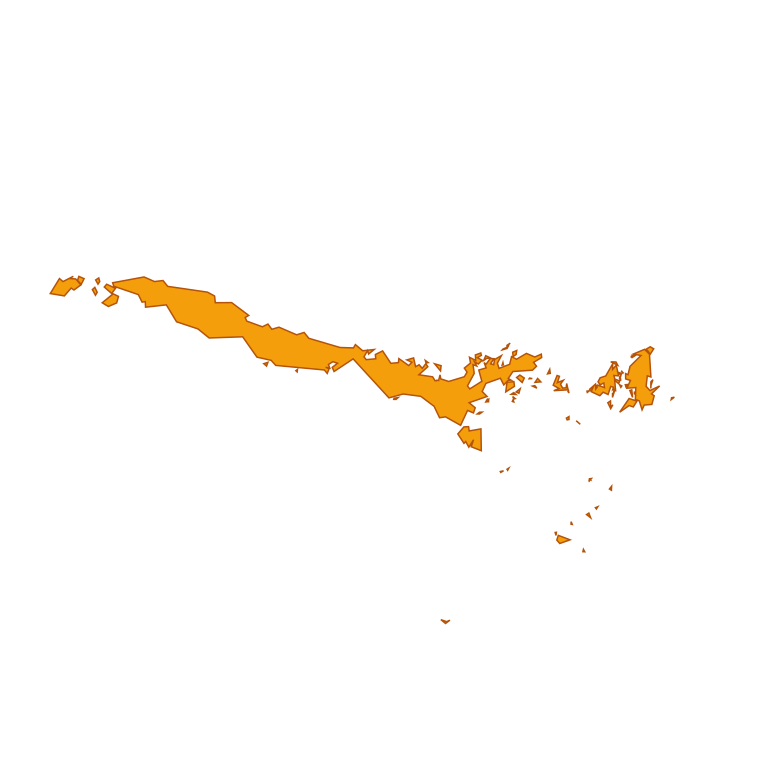 Palawan, Palawan, Philippines (orthographic projection), rotated 63°
{"feature_id": "2640588B20950743061684", "entity_name": "Palawan", "entity_type": "district", "adm_level": 2, "iso_a3": "PHL", "parent_name": "Philippines", "parent_adm1": "Palawan", "projection": "orthographic", "projection_center": [119.327, 9.944], "detail": "fine", "context": "isolated", "style": "filled", "palette": "amber", "viewbox_px": 768, "rotation_deg": 63, "n_neighbors": 0, "source": "geoboundaries", "source_scale": "gbopen_adm2", "svg_char_len": 6195}
<svg xmlns="http://www.w3.org/2000/svg" viewBox="0 0 768 768"><g transform="rotate(63 384 384)"><path d="M445.5,321.6L450.4,317.4L446.6,313.5L439.3,316.7L441.9,297.8L435.3,299.9L429.7,292.9L431.7,277.7L439.2,277.7L437.1,271.6L438.3,269.0L435.5,270.8L431.4,263.5L439.1,245.4L437.4,240.0L432.6,240.9L432.0,231.5L428.8,230.3L428.4,237.4L421.4,243.2L422.1,254.7L417.5,257.9L423.5,263.1L422.3,274.4L416.9,273.5L412.0,266.5L412.4,274.4L416.6,277.5L414.4,279.8L411.3,274.7L409.5,277.7L412.8,284.2L410.3,285.1L416.0,285.7L414.6,293.2L426.0,295.6L427.3,309.8L423.6,310.5L415.5,298.8L407.2,295.9L410.1,293.2L405.4,293.3L409.0,290.9L407.4,285.8L402.9,288.8L402.7,284.2L400.3,283.7L399.6,289.4L404.6,291.6L399.0,295.7L404.6,297.4L406.3,305.2L411.1,304.6L414.0,309.1L411.1,325.2L405.2,331.1L401.3,329.9L405.7,333.8L404.6,335.2L404.9,335.7L404.6,336.2L404.5,336.6L404.3,337.0L399.7,337.4L391.6,348.7L388.5,337.1L384.9,337.5L387.4,342.8L382.8,344.0L382.9,348.0L374.2,345.8L372.9,352.7L377.3,349.3L378.8,353.6L368.1,359.2L371.5,361.4L368.7,368.5L353.9,370.2L353.8,378.3L357.8,379.9L354.2,388.8L350.7,389.5L346.7,383.4L350.3,384.1L348.8,377.1L344.7,387.9L335.9,391.6L338.0,394.8L331.5,406.6L309.2,430.2L301.8,431.8L300.5,439.5L285.7,451.8L284.3,459.1L277.9,460.2L277.8,466.4L265.7,477.7L261.7,477.5L261.5,473.4L242.3,482.8L235.0,497.4L228.7,495.0L222.0,499.6L198.8,532.4L191.5,533.9L188.5,542.0L179.7,549.2L170.6,579.8L174.2,580.4L192.8,562.3L201.2,562.4L202.2,559.3L207.3,561.6L214.7,542.0L234.4,540.6L250.4,524.8L263.6,518.9L277.8,488.5L302.4,485.0L311.7,473.8L318.3,472.0L344.4,430.8L348.8,429.8L345.5,426.0L342.6,428.4L345.3,425.1L341.4,424.7L340.9,419.4L344.4,416.0L345.7,422.6L350.2,422.8L347.6,400.1L398.6,385.9L401.6,371.5L411.7,356.8L426.6,349.5L439.3,349.8L441.2,344.1L455.6,334.5L445.5,321.6ZM475.1,127.7L471.7,129.9L472.0,134.7L475.0,133.7L477.2,133.6L477.6,134.1L471.4,136.1L470.5,148.3L475.3,142.1L480.0,156.8L486.5,162.4L484.4,164.0L489.2,166.4L492.7,162.8L498.0,169.5L501.5,161.3L511.8,167.0L515.0,164.2L524.2,165.8L520.9,161.7L523.8,154.6L517.2,148.6L514.2,150.1L510.9,139.3L510.6,150.0L505.0,151.5L496.3,145.7L498.9,143.0L479.0,134.4L475.1,127.7ZM478.1,169.9L472.7,168.5L474.8,173.7L469.8,171.0L477.5,182.8L476.6,188.6L479.2,192.3L482.8,191.8L482.9,187.7L487.3,189.2L481.9,194.2L481.8,195.4L483.5,195.4L484.6,197.6L480.1,195.6L482.2,203.8L482.3,199.7L484.8,202.9L492.4,197.0L490.8,192.5L495.1,189.1L489.1,183.1L491.0,181.1L492.7,182.6L492.4,181.5L493.8,181.9L493.8,181.3L495.0,181.0L495.2,180.7L485.5,176.8L490.2,174.8L488.3,172.6L484.3,176.1L480.8,175.3L483.2,171.3L478.1,169.9ZM472.4,337.3L478.8,337.1L474.3,329.5L479.5,334.8L487.6,327.6L468.0,318.0L464.5,329.4L460.4,328.0L458.5,332.3L462.0,340.9L473.2,339.7L472.4,337.3ZM158.1,609.1L150.4,611.0L147.3,616.3L147.0,611.9L147.0,623.5L142.7,625.3L151.9,640.3L160.4,628.8L156.5,619.2L159.5,617.6L158.1,609.1ZM185.4,580.8L180.7,584.4L183.7,598.2L189.8,594.4L190.4,585.4L185.4,580.8ZM472.8,222.6L466.5,221.0L470.1,223.4L468.7,226.7L464.2,226.8L462.1,222.5L461.5,228.9L456.8,224.2L455.0,225.9L461.9,233.8L467.5,230.1L467.0,235.8L472.8,222.6ZM514.1,166.4L508.2,172.2L516.1,186.8L514.5,175.4L517.6,172.3L514.1,166.4ZM607.3,289.0L598.0,297.4L601.5,300.9L605.9,299.8L607.3,289.0ZM440.9,267.2L438.3,273.6L446.3,279.1L445.3,268.8L440.9,267.2ZM176.9,579.8L169.2,585.8L170.6,589.2L179.7,585.6L176.9,579.8ZM442.4,256.3L437.7,258.9L438.4,262.9L445.4,260.2L442.4,256.3ZM154.0,603.4L149.6,607.0L152.5,610.0L157.8,608.6L154.0,603.4ZM409.7,276.8L405.0,280.5L408.3,284.5L407.8,280.8L409.7,276.8ZM166.6,597.8L167.5,601.0L173.9,600.8L172.1,597.9L166.6,597.8ZM160.0,590.0L160.4,593.7L165.2,593.5L163.7,590.8L160.0,590.0ZM453.3,243.3L448.8,244.6L451.1,248.7L453.3,243.3ZM597.0,260.6L592.0,260.1L592.3,262.8L597.0,260.6ZM393.6,324.8L389.0,329.7L398.0,327.7L393.6,324.8ZM506.4,189.5L507.9,192.6L501.9,189.9L502.3,193.1L508.9,193.2L506.4,189.5ZM508.8,168.6L501.7,165.9L501.4,167.9L508.8,168.6ZM414.4,250.5L414.1,254.9L418.1,256.5L417.7,252.9L414.4,250.5ZM495.0,181.9L494.7,182.6L496.4,183.8L496.2,184.7L499.7,186.5L495.0,181.9ZM314.7,480.5L312.0,477.6L311.3,481.9L314.7,480.5ZM453.5,268.0L450.0,264.8L451.1,269.9L453.5,268.0ZM625.3,437.9L624.4,432.5L624.2,436.1L619.8,440.3L625.3,437.9ZM488.6,171.5L484.1,170.0L486.0,171.7L488.6,171.5ZM453.3,271.2L450.6,272.3L450.9,275.3L453.3,271.2ZM456.6,273.7L453.6,275.0L456.3,275.2L456.6,273.7ZM482.3,167.6L480.1,169.9L484.0,169.1L482.3,167.6ZM473.4,167.2L469.7,167.3L467.2,171.9L473.4,167.2ZM563.7,245.3L562.4,242.1L561.8,243.7L562.9,243.6L562.1,244.2L563.4,245.3L563.7,245.3ZM497.0,234.0L497.2,237.0L499.1,237.1L499.6,235.3L497.0,234.0ZM502.2,142.4L503.2,145.2L509.1,148.3L506.4,146.7L502.2,142.4ZM594.6,280.0L591.6,279.8L593.9,281.0L594.6,280.0ZM402.5,377.6L401.3,381.5L402.1,382.3L403.2,380.3L402.5,377.6ZM333.8,455.9L331.8,454.5L332.1,456.5L333.8,455.9ZM447.2,298.9L445.0,297.5L445.0,298.0L446.3,298.6L444.5,298.9L446.2,301.5L447.2,298.9ZM581.9,229.6L578.4,227.6L579.9,230.8L581.9,229.6ZM495.2,166.8L494.2,169.3L496.3,169.7L495.2,166.8ZM385.0,334.9L381.8,336.5L384.4,337.0L385.0,334.9ZM509.0,227.4L505.0,229.0L504.0,229.5L509.0,227.4ZM527.6,131.3L526.8,134.0L528.3,135.2L527.6,131.3ZM591.8,251.5L590.4,249.2L590.2,251.8L591.8,251.5ZM493.7,173.0L491.7,174.4L494.5,174.5L493.7,173.0ZM597.0,299.5L594.4,297.7L594.0,298.9L597.0,299.5ZM472.6,146.1L471.4,150.8L472.1,151.5L473.1,151.0L472.6,146.1ZM408.2,258.2L406.0,255.0L407.1,258.6L406.9,262.2L407.3,263.1L408.2,258.2ZM457.1,249.7L453.9,250.4L453.3,252.6L457.1,249.7ZM515.6,316.9L514.8,320.1L515.8,320.1L515.6,316.9ZM450.0,231.0L446.2,229.7L449.2,233.7L450.0,231.0ZM453.6,309.4L452.5,311.7L453.0,314.5L454.1,312.5L453.6,309.4ZM404.9,253.0L405.4,256.9L406.0,257.1L404.9,253.0ZM483.3,204.2L482.5,206.4L483.8,206.7L483.3,204.2ZM458.9,276.5L456.6,276.1L457.8,277.6L458.9,276.5ZM624.6,281.3L621.9,281.4L623.7,282.9L624.6,281.3ZM421.1,268.9L418.9,268.3L420.8,270.2L421.1,268.9ZM476.0,223.3L473.9,222.7L474.2,223.5L476.0,223.3ZM446.5,249.4L444.8,251.6L445.2,252.3L446.5,249.4ZM482.6,165.9L479.8,166.6L482.8,166.2L482.6,165.9ZM517.0,313.0L515.6,311.0L515.8,313.1L517.0,313.0ZM507.2,164.7L504.4,164.3L506.4,165.4L507.2,164.7Z" fill="#f59e0b" stroke="#b45309" stroke-width="1.5"/></g></svg>